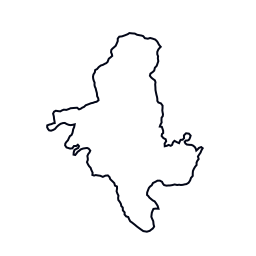 outline of Jequitibá, Minas Gerais, Brazil, rotated 289°
{"feature_id": "56859067B98217925914362", "entity_name": "Jequitibá", "entity_type": "district", "adm_level": 2, "iso_a3": "BRA", "parent_name": "Brazil", "parent_adm1": "Minas Gerais", "projection": "mercator", "projection_center": [-44.009, -19.208], "detail": "fine", "context": "isolated", "style": "outline", "palette": "ink", "viewbox_px": 256, "rotation_deg": 289, "n_neighbors": 0, "source": "geoboundaries", "source_scale": "gbopen_adm2", "svg_char_len": 3900}
<svg xmlns="http://www.w3.org/2000/svg" viewBox="0 0 256 256"><g transform="rotate(289 128 128)"><path d="M36.1,179.6L37.8,182.0L39.2,182.9L41.1,184.2L43.3,184.8L45.3,183.5L48.1,182.2L50.2,180.2L51.6,179.0L53.8,178.5L55.7,178.1L57.8,178.2L59.8,178.4L60.8,180.4L61.6,183.1L64.0,181.4L65.8,179.2L67.3,177.1L67.6,175.0L68.3,173.1L69.2,170.8L70.2,169.5L70.9,167.8L73.3,167.1L76.4,167.2L78.2,167.3L80.0,168.0L81.5,169.1L84.1,169.5L86.1,171.5L87.8,173.0L88.6,175.3L88.2,177.7L86.7,179.2L85.8,180.7L86.0,183.1L86.8,184.9L87.4,186.5L88.4,188.4L89.8,190.5L90.1,193.0L91.0,194.8L91.3,196.5L92.1,198.3L93.2,200.0L94.0,201.5L95.9,203.1L98.6,203.8L101.3,203.8L103.8,204.8L106.1,204.0L108.5,203.4L110.9,203.6L113.3,204.1L115.3,204.9L117.5,204.1L119.3,204.2L121.7,204.9L123.8,203.4L126.6,204.1L128.4,204.6L130.7,204.7L133.2,205.2L133.8,203.4L132.3,201.6L130.5,200.8L128.9,199.9L130.4,198.9L131.6,197.6L132.5,195.5L132.7,193.6L132.1,191.6L131.5,189.1L132.1,187.3L133.3,186.1L134.9,186.7L135.6,188.5L137.0,189.6L139.1,189.8L141.2,189.7L142.5,187.4L141.9,184.6L139.2,183.3L136.6,184.3L134.7,183.5L133.9,181.6L132.1,181.3L130.3,181.2L130.5,179.0L131.0,176.1L128.9,175.2L126.4,175.2L125.1,174.2L125.2,171.9L123.8,170.5L122.7,168.7L125.2,167.7L127.9,168.4L129.6,167.3L130.0,164.7L131.4,162.4L133.3,162.1L134.7,162.9L136.9,162.1L138.6,160.8L140.1,159.6L139.7,157.6L141.7,157.6L144.2,158.0L146.2,157.1L148.7,156.4L150.5,157.0L152.4,156.6L154.1,155.6L155.8,154.7L157.9,154.2L160.4,153.4L162.0,151.1L162.0,148.4L163.2,146.9L165.0,146.3L166.7,145.4L168.8,144.0L170.8,142.8L172.9,141.6L175.3,140.7L178.1,139.5L180.2,139.1L181.8,137.9L182.6,135.3L183.3,133.5L184.5,131.7L186.7,131.5L188.9,133.1L190.8,134.1L193.7,133.8L196.1,134.9L198.4,134.9L201.0,134.9L203.7,133.5L205.6,133.1L207.2,131.7L209.5,130.9L212.1,131.1L213.7,131.7L215.4,132.5L216.4,130.8L217.5,129.4L218.7,128.2L219.7,126.7L220.5,124.9L220.5,121.9L220.3,119.6L218.9,117.7L218.4,114.7L219.8,112.5L219.8,110.7L219.5,108.9L219.1,106.2L219.5,103.7L218.8,101.1L218.2,98.4L216.6,97.2L214.7,95.0L212.7,92.5L211.5,90.0L209.2,89.2L206.8,90.0L203.9,89.8L201.7,89.6L199.4,88.3L197.9,87.4L196.4,86.8L194.1,87.3L192.6,88.7L191.0,89.6L189.1,88.5L187.3,87.3L185.6,87.2L183.9,87.2L182.2,86.3L181.0,85.0L179.5,83.7L178.3,82.0L176.1,80.5L173.7,79.6L172.1,78.1L169.8,78.5L167.3,77.9L165.1,78.2L163.2,79.1L161.6,80.2L160.1,81.6L157.8,82.3L156.3,83.2L155.0,84.5L153.2,85.6L150.9,87.2L148.0,88.5L146.5,90.1L144.6,91.1L142.6,89.8L141.6,88.1L140.4,86.7L139.4,85.0L137.6,82.9L135.7,80.6L133.7,79.6L132.3,78.1L130.8,77.0L129.7,75.6L130.6,73.3L129.8,71.4L129.1,69.8L128.0,67.3L126.7,65.9L125.1,63.9L124.4,61.3L123.1,59.8L121.7,58.6L121.2,56.5L120.8,54.1L119.4,52.8L117.2,52.5L114.8,54.1L112.4,55.2L110.3,56.4L108.8,57.1L108.0,55.6L106.8,54.4L105.7,52.6L104.2,50.8L102.4,51.3L101.1,52.6L100.1,54.2L100.4,56.1L101.8,57.9L103.4,59.3L106.0,60.3L108.1,61.5L110.0,62.9L111.5,64.9L112.2,66.6L111.8,68.7L111.7,70.9L112.0,72.7L112.9,74.5L114.1,76.4L111.3,76.8L108.9,76.6L107.1,76.9L105.2,77.1L103.0,76.9L101.4,75.7L99.2,75.4L96.8,75.2L94.8,74.3L92.9,73.8L91.1,74.2L89.6,76.2L89.7,80.0L90.7,82.0L93.3,82.7L94.2,85.0L95.8,86.0L94.9,87.6L92.9,87.4L91.3,85.8L89.7,84.5L87.4,84.6L85.1,85.2L85.3,86.9L87.3,87.6L89.0,88.1L90.4,89.1L92.5,90.4L94.0,92.3L95.0,94.2L95.8,95.8L95.7,97.5L94.3,99.7L92.2,99.5L90.6,98.9L88.3,98.7L86.3,99.8L84.7,100.4L82.4,100.3L80.6,102.0L79.2,103.7L78.2,105.6L76.4,107.0L74.2,109.1L72.0,109.6L72.0,111.4L73.0,112.8L73.3,114.7L73.8,117.3L73.6,120.1L75.6,122.2L76.6,124.4L75.5,126.6L73.9,127.8L73.1,129.4L72.3,131.2L71.4,133.0L69.3,134.4L69.1,136.6L67.0,137.4L64.5,137.8L62.7,139.2L60.9,141.0L58.7,141.4L56.8,142.3L55.4,144.4L53.9,146.0L52.0,147.1L51.1,148.9L48.4,150.0L47.1,152.3L45.1,152.9L43.8,155.1L43.9,157.2L42.2,158.7L40.5,160.5L40.0,162.4L39.4,164.1L38.7,166.1L37.8,168.4L37.1,170.6L36.3,173.2L35.5,176.0L36.1,179.6Z" fill="none" stroke="#020617" stroke-width="2"/></g></svg>